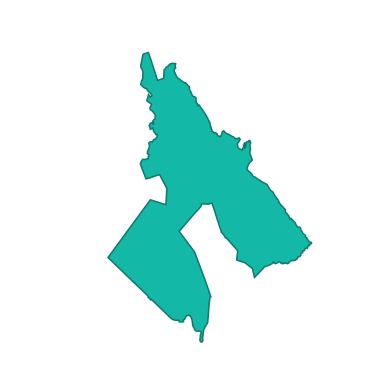 Machakos Town, Eastern, Kenya, rotated 343°
{"feature_id": "3690345B82288903067354", "entity_name": "Machakos Town", "entity_type": "district", "adm_level": 2, "iso_a3": "KEN", "parent_name": "Kenya", "parent_adm1": "Eastern", "projection": "equal_earth", "projection_center": [37.261, -1.568], "detail": "fine", "context": "isolated", "style": "filled", "palette": "teal", "viewbox_px": 384, "rotation_deg": 343, "n_neighbors": 0, "source": "geoboundaries", "source_scale": "gbopen_adm2", "svg_char_len": 6070}
<svg xmlns="http://www.w3.org/2000/svg" viewBox="0 0 384 384"><g transform="rotate(343 192 192)"><path d="M291.5,275.6L291.1,275.0L290.1,274.3L289.7,273.5L289.0,272.9L288.8,272.2L288.9,271.5L288.5,270.9L288.3,269.5L287.4,268.4L287.5,267.7L287.9,267.0L287.6,266.2L286.5,265.0L286.1,264.2L285.8,263.8L285.5,261.4L285.1,261.0L285.3,258.3L285.1,257.6L284.2,257.0L282.9,256.4L282.4,255.6L282.2,254.5L281.9,253.8L281.9,253.2L281.6,251.5L281.3,250.8L280.4,249.4L280.2,248.6L279.5,247.3L279.1,246.2L278.6,246.0L277.6,246.2L277.5,243.2L277.1,241.8L276.2,239.7L275.5,238.6L275.5,237.8L276.0,236.7L276.1,236.0L275.6,235.5L275.3,234.8L274.8,233.3L274.0,231.9L273.8,231.0L273.4,230.6L273.0,230.4L272.6,228.5L272.4,227.8L272.0,224.8L270.0,219.3L269.8,218.4L269.6,216.2L269.2,215.5L267.9,213.8L267.5,213.0L266.6,209.6L266.4,209.0L266.1,207.0L265.7,206.6L264.7,205.4L261.9,202.8L260.0,200.4L259.8,199.9L258.6,199.0L256.9,196.5L254.9,194.7L254.7,194.0L254.5,192.5L254.2,191.8L253.2,189.7L252.2,188.8L251.2,186.0L253.9,182.3L256.0,180.4L257.8,179.9L259.0,179.0L258.7,172.0L259.2,170.3L260.3,168.4L260.9,166.1L260.8,165.2L261.0,164.4L261.5,163.3L262.2,162.7L262.5,161.9L262.5,161.3L262.4,160.4L262.2,159.7L261.8,159.4L261.3,159.6L260.9,159.9L260.8,160.5L260.4,160.2L259.8,160.0L259.2,160.0L257.9,161.4L257.5,160.8L257.0,160.5L256.4,160.5L256.1,161.0L256.9,162.3L257.0,163.1L256.8,163.7L255.6,162.2L254.9,162.2L254.8,163.0L255.7,164.5L255.8,165.2L255.3,165.3L254.9,165.2L254.5,164.7L254.1,164.4L253.3,165.3L252.6,166.5L251.6,165.9L250.3,164.9L249.3,163.8L248.8,163.0L249.3,160.9L249.4,159.6L249.8,158.7L251.3,157.9L251.9,157.2L253.5,155.9L252.8,153.9L251.5,154.1L249.8,154.2L249.5,153.5L249.0,153.5L248.4,152.9L247.9,151.6L246.3,150.2L245.0,148.8L244.7,148.3L243.7,147.5L243.3,147.0L242.6,146.7L241.8,145.7L241.0,144.7L240.6,143.4L240.2,142.8L238.6,143.2L238.1,143.8L237.7,144.8L237.3,145.4L236.6,146.3L235.3,147.4L234.8,147.1L234.4,146.5L233.4,146.0L233.0,145.5L232.9,145.0L232.9,144.3L233.0,143.7L231.9,142.1L230.5,142.0L229.9,140.8L229.4,140.4L229.0,140.3L229.0,139.6L229.1,138.7L229.1,133.7L229.2,131.7L229.5,130.7L229.0,129.9L229.1,129.3L228.8,128.5L228.7,127.2L228.0,123.0L225.9,116.0L225.3,114.5L224.7,112.3L224.1,110.8L222.9,111.3L222.9,109.7L222.8,109.0L222.5,108.4L222.4,106.8L222.6,106.3L222.8,104.8L223.1,104.2L223.1,103.6L223.3,102.9L222.5,101.9L221.0,100.7L220.5,99.8L220.2,96.3L219.6,93.6L219.7,92.9L220.2,91.0L220.1,90.2L219.8,89.8L219.3,89.2L218.7,87.5L218.2,86.7L217.9,85.7L217.3,85.6L216.8,85.1L216.0,84.7L215.3,83.4L214.9,83.1L214.2,82.3L213.0,80.4L212.4,79.8L211.8,78.7L211.4,78.2L210.9,77.0L210.7,73.9L210.6,73.3L210.2,72.2L210.4,71.0L210.5,70.4L211.2,69.3L211.6,68.8L212.7,68.5L212.7,66.6L213.0,66.0L213.7,65.1L213.9,64.5L213.0,64.0L212.3,64.1L211.1,63.2L208.6,63.1L206.1,64.4L203.4,65.5L201.8,66.8L201.1,66.9L200.1,69.4L200.0,70.0L199.4,71.7L198.0,74.7L197.5,75.1L191.7,75.2L191.3,50.0L191.1,45.9L186.4,45.8L185.8,45.9L185.2,46.3L182.0,52.4L181.7,52.8L180.8,54.7L180.3,55.1L180.0,55.9L179.8,56.7L179.7,57.8L179.7,59.1L180.2,60.0L180.1,63.1L178.8,66.6L178.4,68.1L178.1,68.8L177.2,70.1L176.1,71.2L175.5,72.5L174.6,73.7L174.4,74.2L175.0,75.0L175.4,76.2L176.3,77.9L177.2,78.6L177.4,79.1L178.4,79.4L178.8,80.4L179.6,83.1L180.0,83.7L180.6,84.3L180.8,85.0L181.2,85.5L181.4,86.0L181.6,87.1L182.0,88.0L181.7,88.4L179.9,89.0L178.9,86.1L177.4,88.6L175.7,90.9L175.6,91.6L175.9,92.3L176.5,92.8L177.1,94.0L177.9,94.7L178.7,95.9L178.8,96.7L176.7,98.8L176.3,99.4L176.1,100.1L176.2,101.0L176.6,101.7L177.6,102.9L178.0,103.5L178.4,105.1L178.8,105.6L179.1,106.3L179.3,107.6L178.9,108.7L178.5,110.5L178.0,111.4L176.7,111.6L175.6,112.6L175.1,112.8L175.4,114.9L175.2,115.8L174.6,115.8L174.3,114.5L174.0,114.0L173.6,113.9L172.9,114.0L172.1,114.3L171.2,115.4L170.5,115.9L170.6,117.1L170.5,119.9L172.0,119.6L172.6,119.3L173.3,119.4L173.0,122.8L173.4,124.1L174.1,125.1L174.1,126.2L174.5,126.7L175.6,126.7L175.1,128.4L174.7,129.0L174.4,129.4L172.1,130.7L170.7,130.7L170.0,131.0L169.7,131.7L169.2,132.2L168.6,132.6L167.7,132.0L166.4,131.9L165.4,132.2L165.0,132.7L164.8,134.9L164.5,136.3L161.3,140.4L160.5,142.2L161.8,143.9L160.4,145.6L160.1,146.9L159.7,147.4L158.7,147.1L158.1,147.1L156.9,147.3L154.7,146.4L154.0,146.6L153.0,147.4L150.8,149.9L151.8,166.0L157.2,166.2L164.0,165.8L165.5,165.9L166.1,166.1L169.0,181.3L163.3,196.5L149.9,187.3L92.5,230.1L119.7,279.0L119.2,279.4L121.1,283.2L121.7,282.7L135.3,307.2L136.5,308.4L137.6,309.2L138.6,309.8L141.8,310.7L141.8,312.5L146.0,313.6L146.4,311.8L147.6,311.6L148.5,310.8L149.3,309.8L150.6,308.8L151.3,308.7L152.2,308.8L153.4,309.5L153.9,310.1L154.5,311.5L154.7,313.1L154.4,315.9L153.7,319.4L153.7,320.3L154.5,324.6L154.7,325.4L155.3,326.2L158.8,327.4L159.2,327.8L159.6,328.5L159.6,329.2L159.3,329.9L158.2,331.1L157.4,333.5L156.4,335.4L156.2,336.3L156.3,337.0L156.4,337.5L156.9,338.2L157.6,338.2L158.1,338.1L158.6,337.8L158.9,337.4L159.7,334.2L163.3,326.5L168.9,321.4L174.0,308.3L178.0,298.7L179.4,297.9L178.9,282.6L177.0,250.9L176.6,249.1L168.2,225.9L186.5,214.3L196.2,208.5L197.0,207.4L197.7,206.3L200.1,207.0L204.5,208.5L205.0,208.5L205.6,208.3L207.8,208.4L208.1,217.7L208.1,225.9L208.3,232.2L208.4,238.1L208.2,238.9L209.6,241.8L210.3,243.9L210.3,244.9L210.5,245.4L211.0,245.9L211.4,245.9L218.5,261.6L214.8,270.1L222.0,275.2L227.4,282.8L226.8,292.0L239.8,284.6L243.6,284.6L248.3,283.8L249.2,282.7L250.5,284.7L251.0,285.0L251.6,284.8L254.4,284.6L254.9,284.2L255.8,284.5L256.2,285.8L256.8,286.7L257.4,287.0L257.9,286.9L258.5,286.5L258.9,287.3L261.3,287.3L261.9,288.1L262.6,288.6L263.7,288.2L266.3,286.6L267.4,286.9L268.0,286.8L269.0,287.3L269.7,287.4L271.1,287.4L272.1,286.9L272.6,286.9L273.2,286.1L274.6,285.3L275.2,285.0L275.8,285.1L276.3,284.9L276.9,285.0L277.5,284.3L278.0,283.1L278.4,282.6L278.8,282.4L280.1,282.4L280.3,281.6L280.9,280.7L281.4,280.6L281.9,281.0L282.4,280.8L283.2,279.8L284.3,279.1L284.8,279.1L285.1,278.9L285.6,279.0L285.8,279.5L286.2,279.2L286.7,278.1L287.1,277.9L287.5,277.2L287.9,277.3L288.3,277.6L288.9,277.5L289.2,276.7L289.8,276.1L291.1,276.3L291.5,275.6Z" fill="#14b8a6" stroke="#0f766e" stroke-width="1.5"/></g></svg>